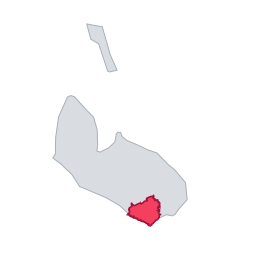 location of Tubas, West Bank, Palestine, rotated 119°
{"feature_id": "87354302B78640432651808", "entity_name": "Tubas", "entity_type": "district", "adm_level": 2, "iso_a3": "PSE", "parent_name": "Palestine", "parent_adm1": "West Bank", "projection": "mercator", "projection_center": [35.475, 32.295], "detail": "fine", "context": "in_parent", "style": "filled", "palette": "rose", "viewbox_px": 256, "rotation_deg": 119, "n_neighbors": 0, "source": "geoboundaries", "source_scale": "gbopen_adm2", "svg_char_len": 4946}
<svg xmlns="http://www.w3.org/2000/svg" viewBox="0 0 256 256"><g transform="rotate(119 128 128)"><path d="M201.8,59.7L204.1,80.4L199.9,98.0L199.6,113.5L202.6,142.1L196.0,154.3L192.2,168.6L190.6,179.4L186.0,178.9L171.3,186.7L151.9,194.1L130.4,196.0L127.4,193.8L126.6,190.1L132.8,171.9L135.2,163.4L144.5,154.1L157.7,146.2L163.2,144.1L162.6,140.7L154.8,135.4L146.6,132.7L138.8,135.4L136.4,134.6L135.5,132.2L138.3,129.0L139.5,122.8L138.3,112.6L137.5,100.1L135.8,90.5L140.6,74.7L141.8,67.2L147.9,51.2L162.1,41.5L174.3,44.3L180.8,45.0L183.5,46.9L185.3,52.5L194.3,58.9L201.8,59.7ZM82.7,165.6L87.9,171.3L88.1,173.3L68.6,194.5L68.4,203.6L57.0,214.5L53.4,203.7L51.8,199.7L72.8,178.8L82.7,165.6Z" fill="#d9dde1" stroke="#a8b0b8" stroke-width="1"/><path d="M203.7,86.6L203.8,86.4L204.1,86.4L203.8,85.9L203.8,85.5L203.7,85.4L203.2,85.7L203.0,85.4L203.2,85.2L203.4,84.8L203.1,84.6L203.2,84.2L203.3,84.2L203.4,84.4L203.5,84.4L203.6,84.2L203.8,84.1L204.0,84.1L204.1,83.7L203.9,83.3L203.7,83.5L203.3,83.2L203.6,82.8L204.0,83.0L204.1,82.9L204.1,82.6L203.7,82.7L203.7,82.4L203.8,82.2L203.8,81.5L203.8,81.4L203.7,81.3L203.5,81.5L203.3,81.6L203.2,81.6L203.0,81.4L202.9,80.9L202.6,80.8L202.5,80.4L202.8,80.4L202.9,80.5L203.0,80.5L203.1,80.4L203.0,80.1L203.1,79.9L203.3,80.0L203.4,80.3L203.5,80.3L203.7,80.2L203.7,79.8L203.8,79.9L204.0,79.7L203.8,79.5L203.7,79.4L203.7,79.1L203.6,78.8L203.4,78.7L203.1,78.8L203.1,78.7L203.0,78.3L203.0,78.1L203.2,77.6L203.3,77.2L202.8,77.0L202.7,76.9L202.6,76.4L202.5,75.8L202.9,75.8L203.1,75.5L203.3,75.5L203.4,75.4L203.4,75.2L203.3,74.9L203.5,74.7L203.5,74.4L203.5,74.2L203.3,73.6L203.2,73.4L203.0,73.1L203.0,72.9L202.5,72.6L202.3,72.6L202.1,72.4L202.3,72.3L202.4,72.2L202.5,71.9L202.8,71.8L202.6,71.8L202.8,71.7L202.7,71.5L203.1,71.2L202.9,70.5L202.8,70.4L202.9,70.1L202.7,69.9L202.5,69.7L202.0,69.5L202.0,69.4L202.0,69.2L202.2,68.9L202.1,68.4L202.4,68.2L202.3,67.7L202.2,67.2L202.1,66.7L202.5,66.1L202.7,65.9L202.4,65.5L202.2,65.1L202.3,64.9L202.3,64.7L202.1,64.6L202.0,64.4L202.0,64.2L202.1,63.9L201.9,63.5L202.0,63.4L202.1,63.5L202.3,63.5L202.5,63.7L202.6,63.9L202.5,64.1L202.6,64.4L203.2,63.1L203.1,62.9L203.2,62.7L203.1,62.3L203.0,62.1L202.8,61.8L202.8,61.5L203.0,61.2L202.8,61.0L202.7,61.0L202.5,60.9L202.1,60.6L201.9,60.6L201.3,60.6L200.8,60.8L200.7,60.7L200.4,60.6L200.0,60.2L199.4,60.0L198.4,59.7L198.2,59.7L197.7,59.5L197.0,59.3L195.7,58.9L195.5,59.0L195.4,58.9L195.0,58.6L194.3,58.0L194.0,57.8L193.7,57.7L192.9,57.6L192.7,57.5L192.4,57.5L191.9,57.5L191.7,57.6L191.4,57.4L191.1,57.4L190.9,57.4L190.8,57.5L190.3,57.7L190.2,57.7L190.0,57.8L189.9,58.1L189.6,58.3L188.6,58.1L188.4,57.9L188.0,57.5L187.9,57.6L187.7,57.7L187.9,58.3L188.1,58.5L188.2,58.9L188.0,59.2L187.4,60.0L187.1,60.7L187.2,60.3L187.1,60.2L186.3,60.0L185.9,60.0L186.1,60.5L186.1,61.1L186.0,61.4L186.0,61.6L185.6,61.0L185.3,60.8L185.0,60.7L185.0,60.8L184.8,60.8L184.5,60.6L184.2,60.7L184.1,60.9L184.4,61.1L184.4,62.1L184.3,62.4L183.9,63.0L183.7,63.0L183.1,63.5L182.7,63.2L182.5,63.3L182.5,63.1L182.5,62.9L182.8,63.0L183.0,62.9L182.9,62.7L182.7,62.7L182.6,62.4L182.3,62.2L182.3,61.5L181.6,61.9L181.6,62.0L181.7,62.3L181.6,62.2L181.2,62.2L181.5,62.7L181.2,62.6L180.8,62.7L180.6,62.7L180.6,62.8L180.8,62.9L180.7,63.2L180.6,63.4L180.3,63.6L180.2,63.6L179.7,63.4L179.4,63.4L179.2,63.4L179.1,63.5L178.9,63.4L178.4,63.8L178.3,64.0L178.0,64.1L177.7,65.2L178.0,65.2L178.2,65.3L178.1,65.5L177.8,65.6L177.9,66.1L177.9,66.5L178.0,66.6L177.9,66.7L177.4,66.6L177.0,66.7L176.8,66.9L177.2,67.0L177.4,67.1L177.3,67.5L176.8,67.4L176.7,67.6L177.0,68.0L177.4,68.7L177.5,68.8L177.7,69.0L178.0,69.1L177.9,69.4L178.2,69.5L177.9,69.9L177.5,70.6L177.0,70.3L177.0,70.5L176.9,71.8L176.6,71.9L176.6,72.1L175.8,72.2L176.1,72.4L175.6,72.4L175.6,72.6L175.5,72.9L175.3,72.8L175.0,73.0L175.4,73.1L175.5,73.3L175.9,73.4L176.3,73.4L176.3,73.5L176.3,74.1L176.8,74.9L177.5,75.2L177.4,75.4L177.5,75.5L177.8,75.7L177.8,75.9L177.7,75.9L178.0,76.0L178.3,76.1L178.7,76.4L178.8,76.5L179.3,76.8L179.6,77.0L179.8,77.1L180.1,77.1L180.2,77.4L180.5,77.6L181.2,77.2L181.4,77.2L181.3,76.9L181.6,76.9L181.9,76.5L182.2,76.2L182.4,76.0L183.8,77.9L184.3,78.3L185.4,78.4L185.7,78.5L186.0,78.7L186.4,78.7L187.8,79.6L187.7,79.7L187.7,79.9L187.6,80.1L187.5,80.3L187.7,80.6L187.8,80.8L187.7,80.9L187.8,80.9L187.9,81.0L188.1,81.1L188.3,81.2L188.3,81.4L188.5,81.7L188.8,82.0L189.5,82.4L190.0,82.9L192.2,84.3L192.7,84.7L192.9,85.3L192.8,86.0L192.7,86.6L192.5,87.2L192.3,87.7L192.0,88.3L192.3,88.5L192.5,88.3L192.9,88.0L193.3,88.0L193.6,87.8L193.8,87.5L194.2,86.9L194.3,86.7L194.8,86.6L195.0,86.6L195.7,87.2L195.9,87.5L196.7,87.9L197.3,88.1L197.5,88.1L197.5,87.9L197.9,87.6L198.1,87.6L198.4,88.0L198.7,88.0L198.8,87.9L198.9,87.7L198.9,87.4L199.3,87.4L199.3,87.1L199.7,86.9L199.6,86.7L199.8,86.5L200.1,86.4L200.2,86.1L200.3,86.1L200.6,86.1L200.8,86.0L201.1,85.9L201.4,86.1L201.5,86.1L201.9,86.0L202.1,85.9L202.5,86.1L202.8,86.3L203.2,86.4L203.4,86.5L203.7,86.6Z" fill="#f43f5e" stroke="#9f1239" stroke-width="1.5"/></g></svg>